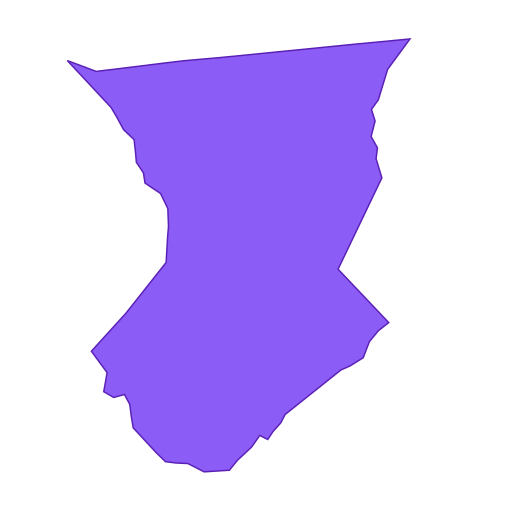 the district of Santa Cruz da Baixa Verde, Pernambuco, Brazil, rotated 175°
{"feature_id": "56859067B75266900672705", "entity_name": "Santa Cruz da Baixa Verde", "entity_type": "district", "adm_level": 2, "iso_a3": "BRA", "parent_name": "Brazil", "parent_adm1": "Pernambuco", "projection": "robinson", "projection_center": [-38.169, -7.844], "detail": "fine", "context": "isolated", "style": "filled", "palette": "violet", "viewbox_px": 512, "rotation_deg": 175, "n_neighbors": 0, "source": "geoboundaries", "source_scale": "gbopen_adm2", "svg_char_len": 864}
<svg xmlns="http://www.w3.org/2000/svg" viewBox="0 0 512 512"><g transform="rotate(175 256 256)"><path d="M129.6,178.1L175.4,235.7L123.8,322.9L127.9,342.4L125.6,353.2L130.9,365.0L125.6,380.1L128.2,392.0L120.5,401.0L108.6,430.5L83.7,458.8L139.2,458.4L274.8,456.8L300.6,456.8L310.7,456.8L330.2,456.2L399.1,453.8L426.9,467.1L387.5,416.7L382.9,407.2L376.9,393.4L367.3,382.5L367.0,369.7L367.0,359.8L360.9,348.6L360.2,338.3L345.6,326.5L339.7,311.0L340.6,293.0L342.4,282.7L346.1,257.4L390.5,210.4L428.3,175.5L414.5,152.8L419.5,134.1L410.1,127.5L399.1,129.5L394.7,119.2L394.2,106.8L393.3,95.5L372.4,68.6L364.1,59.0L353.9,56.8L342.0,55.2L326.5,45.5L301.2,44.9L292.2,54.2L277.1,66.0L267.9,76.9L260.3,72.2L254.5,79.5L245.8,87.7L240.9,95.5L181.3,135.1L171.9,138.3L158.1,145.3L150.5,160.8L140.6,170.9L129.6,178.1Z" fill="#8b5cf6" stroke="#5b21b6" stroke-width="1.5"/></g></svg>